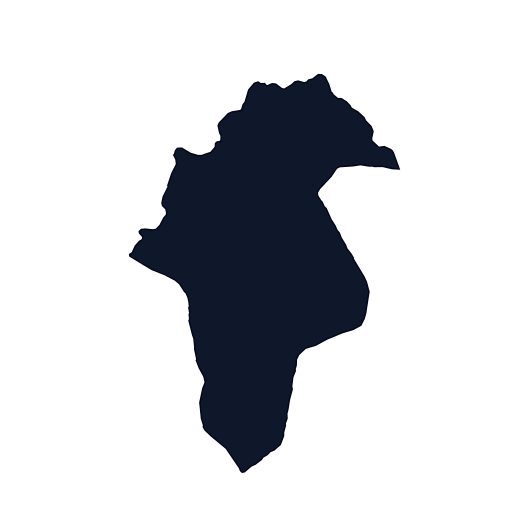 La Unión, Zacapa, Guatemala (Equal Earth projection), rotated 304°
{"feature_id": "79465075B65794247030645", "entity_name": "La Unión", "entity_type": "district", "adm_level": 2, "iso_a3": "GTM", "parent_name": "Guatemala", "parent_adm1": "Zacapa", "projection": "equal_earth", "projection_center": [-89.266, 14.957], "detail": "fine", "context": "isolated", "style": "filled", "palette": "ink", "viewbox_px": 512, "rotation_deg": 304, "n_neighbors": 0, "source": "geoboundaries", "source_scale": "gbopen_adm2", "svg_char_len": 2652}
<svg xmlns="http://www.w3.org/2000/svg" viewBox="0 0 512 512"><g transform="rotate(304 256 256)"><path d="M408.2,326.0L417.8,312.9L418.4,312.1L419.4,309.9L419.5,307.8L418.4,301.2L414.7,297.0L416.2,287.8L417.8,286.1L424.7,283.3L427.7,278.9L429.3,271.2L431.1,268.2L432.4,259.8L431.8,252.4L433.2,249.7L434.3,244.6L434.1,238.7L432.1,235.8L432.8,229.4L433.7,228.3L433.7,226.7L439.0,220.1L442.1,214.6L442.9,213.7L443.0,211.5L442.9,208.9L442.2,208.1L441.7,207.0L441.1,206.2L434.4,204.0L431.5,201.3L428.6,200.8L426.6,199.4L424.5,193.1L422.0,190.8L418.0,189.9L410.0,186.2L409.1,183.7L409.5,176.2L407.8,173.1L405.4,171.5L404.5,171.0L403.4,170.2L403.1,169.1L403.1,168.0L403.8,166.8L403.0,165.8L401.3,163.2L401.4,160.5L398.3,158.1L389.7,157.1L377.3,161.0L374.4,160.7L369.3,162.3L367.7,161.7L362.1,155.7L358.5,153.4L345.9,151.2L343.0,151.7L337.9,157.0L336.2,159.9L333.0,162.0L330.9,162.4L328.8,160.0L326.8,159.5L323.5,161.4L316.5,160.6L311.6,156.8L308.9,154.9L306.7,151.6L304.4,144.3L303.8,134.1L301.2,130.6L298.3,130.4L294.8,131.6L293.8,131.4L291.3,135.7L287.7,138.8L277.4,140.1L265.2,143.5L264.3,144.5L253.2,146.0L247.4,148.4L245.5,150.4L244.7,154.9L242.1,157.7L239.9,158.8L236.2,158.3L227.7,159.3L222.1,158.3L219.9,155.9L216.4,149.3L213.9,146.1L211.1,145.5L210.1,146.4L209.6,147.5L208.8,151.0L207.5,152.3L205.4,152.4L202.9,151.1L196.7,150.4L189.5,151.6L186.7,150.4L185.4,151.5L186.1,167.2L186.7,177.7L189.6,190.8L190.9,202.5L190.2,208.3L186.7,216.4L186.3,218.7L183.7,222.8L180.2,226.4L176.8,229.2L175.7,229.2L171.9,232.8L170.0,233.5L166.5,236.4L165.0,236.6L155.2,247.6L152.9,250.7L146.3,256.2L144.4,257.4L139.5,262.5L137.0,265.0L136.2,264.9L131.5,271.6L127.7,279.0L126.8,280.5L122.9,284.6L116.5,286.0L103.0,291.5L100.2,293.9L90.8,301.7L86.4,307.2L84.9,307.9L83.2,311.3L81.8,319.6L79.9,338.8L71.1,360.8L69.4,363.2L69.0,365.4L70.7,367.1L79.2,369.4L83.1,371.8L90.3,374.2L93.2,374.2L97.3,376.2L101.8,377.1L105.3,379.4L113.4,381.5L122.3,379.4L125.0,377.5L132.2,375.0L133.1,373.9L138.7,372.5L142.6,369.6L146.8,368.1L154.0,364.7L155.3,364.1L165.7,360.5L168.0,358.3L176.1,354.2L183.0,352.7L183.9,351.6L187.8,350.4L192.8,347.3L198.1,346.5L207.2,348.5L215.3,355.2L227.0,361.3L240.7,370.4L249.6,377.6L257.3,381.6L264.7,380.6L269.8,378.9L289.5,369.6L296.0,362.2L299.0,357.3L308.0,338.0L308.8,337.7L310.7,333.8L312.8,327.2L315.1,324.1L318.5,316.6L321.6,312.2L322.5,308.9L325.2,304.6L328.1,297.9L334.6,287.5L335.0,284.9L337.6,280.7L338.0,278.7L340.4,273.4L342.8,271.3L347.3,271.0L364.1,273.7L373.9,273.7L376.9,275.4L385.1,286.0L390.2,291.5L393.9,299.5L395.8,302.1L396.4,304.0L401.1,310.8L404.6,319.9L408.2,326.0Z" fill="#0f172a" stroke="#020617" stroke-width="1.5"/></g></svg>